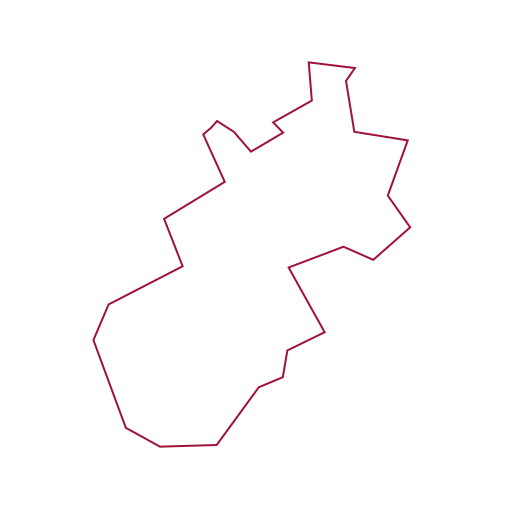 map outline of Grobinas (Robinson projection), rotated 71°
{"feature_id": "LVA-5716", "entity_name": "Grobinas", "entity_type": "Municipality", "adm_level": 1, "iso_a3": "LVA", "parent_name": "Latvia", "parent_adm1": "", "projection": "robinson", "projection_center": [21.193, 56.504], "detail": "fine", "context": "isolated", "style": "outline", "palette": "rose", "viewbox_px": 512, "rotation_deg": 71, "n_neighbors": 0, "source": "natural_earth", "source_scale": "10m", "svg_char_len": 535}
<svg xmlns="http://www.w3.org/2000/svg" viewBox="0 0 512 512"><g transform="rotate(71 256 256)"><path d="M123.9,266.3L120.0,256.5L115.7,248.9L131.4,236.5L155.7,226.8L148.2,190.2L135.2,196.3L127.2,152.6L90.1,143.1L110.5,101.3L119.8,113.9L170.6,122.6L196.1,74.9L241.8,111.7L279.1,100.9L297.8,146.4L275.7,170.3L277.5,228.9L350.4,215.9L355.5,257.1L379.3,270.1L381.0,296.1L421.9,354.7L405.0,408.9L376.1,435.0L282.6,437.1L253.8,411.1L241.8,328.7L190.9,330.8L175.7,261.4L123.9,266.3Z" fill="none" stroke="#9f1239" stroke-width="2"/></g></svg>